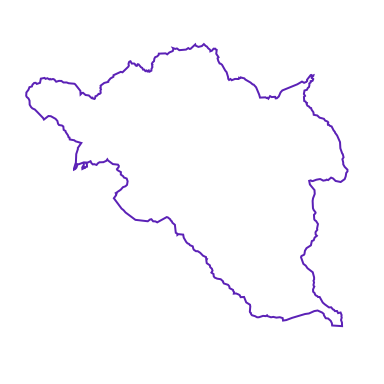 Bisoca, Buzau, Romania (Albers equal-area conic projection), rotated 175°
{"feature_id": "2599482B15447041299262", "entity_name": "Bisoca", "entity_type": "district", "adm_level": 2, "iso_a3": "ROU", "parent_name": "Romania", "parent_adm1": "Buzau", "projection": "albers", "projection_center": [26.695, 45.563], "detail": "fine", "context": "isolated", "style": "outline", "palette": "violet", "viewbox_px": 384, "rotation_deg": 175, "n_neighbors": 0, "source": "geoboundaries", "source_scale": "gbopen_adm2", "svg_char_len": 5897}
<svg xmlns="http://www.w3.org/2000/svg" viewBox="0 0 384 384"><g transform="rotate(175 192 192)"><path d="M237.5,324.1L238.4,325.0L240.8,325.2L241.9,327.6L242.8,327.4L243.4,326.9L244.1,325.1L243.9,323.4L244.5,322.4L250.8,317.3L252.5,317.9L260.0,315.2L260.3,313.6L263.2,312.3L265.6,310.0L265.8,309.0L269.9,308.3L273.8,305.9L273.7,304.5L274.3,303.6L273.7,302.3L274.4,300.9L274.3,298.7L275.5,297.7L276.5,297.9L278.1,296.3L279.8,295.8L280.5,293.7L281.0,293.2L282.5,293.7L282.9,294.6L283.8,294.3L286.4,297.2L289.6,297.9L291.9,300.3L292.8,300.3L294.5,298.9L294.4,302.5L299.0,309.5L299.8,310.1L305.4,311.1L307.2,312.0L310.5,312.3L312.4,314.0L314.8,314.3L317.7,313.7L319.3,316.0L320.6,316.7L322.7,316.4L323.5,317.0L324.3,316.6L326.1,317.9L328.1,317.5L328.9,318.5L332.7,318.1L333.9,314.0L337.2,313.2L338.2,314.4L339.7,314.4L341.5,312.9L342.3,311.1L344.8,310.6L346.0,308.1L348.3,305.6L348.8,302.3L348.3,301.0L346.8,299.5L345.9,297.2L346.1,293.1L344.9,290.6L343.7,289.2L341.4,287.9L339.4,285.5L333.9,278.7L333.2,277.1L328.4,280.2L326.0,279.8L321.6,276.8L319.9,274.5L319.5,271.7L318.6,270.3L315.8,269.6L314.5,268.5L314.4,265.1L312.7,263.8L312.5,262.6L310.6,259.2L310.2,257.3L309.3,256.9L309.2,255.0L304.8,253.8L303.5,252.6L298.0,250.5L301.9,245.8L301.9,244.8L304.0,239.9L305.1,231.5L307.5,225.7L307.6,224.6L306.3,225.1L305.0,226.4L304.1,228.4L304.0,229.8L302.4,229.5L297.7,230.8L297.2,230.5L297.4,228.5L299.2,226.0L299.2,224.5L297.3,225.3L297.0,225.9L296.7,225.3L296.3,225.4L295.9,226.1L294.4,226.4L294.3,228.8L295.5,230.7L293.4,230.4L290.4,231.5L289.6,229.4L288.3,228.1L287.1,228.3L284.7,227.3L283.4,228.7L281.6,229.7L277.8,229.4L274.7,230.5L273.5,231.9L273.0,230.8L268.4,226.7L263.4,225.7L262.6,224.3L262.9,223.2L264.8,221.3L264.4,220.3L261.1,218.0L261.4,215.6L259.2,213.7L258.6,212.4L255.9,211.1L255.2,208.3L256.1,204.8L257.8,203.5L260.4,202.8L262.8,200.5L268.0,197.6L267.3,196.8L267.9,196.2L267.9,195.4L270.4,192.6L263.6,181.6L261.8,179.9L260.0,177.4L250.8,169.2L238.6,166.7L236.1,168.3L234.8,168.4L233.3,166.2L231.0,165.9L229.3,164.8L219.4,169.2L218.3,168.8L216.0,166.6L215.7,165.5L214.7,164.6L214.2,163.1L211.9,160.8L211.7,152.8L210.3,151.8L210.3,150.5L209.2,151.2L204.5,150.3L204.2,147.2L202.1,142.7L201.0,141.3L199.4,140.4L198.7,139.2L196.0,137.8L195.6,135.2L195.0,134.1L193.2,132.7L191.4,132.5L189.1,130.7L186.6,127.6L183.7,125.9L183.7,123.9L183.0,123.8L183.7,122.4L183.5,119.8L180.6,117.4L180.4,115.5L178.9,113.9L178.4,111.8L179.7,110.0L177.7,108.4L177.7,106.1L176.9,104.8L174.5,103.5L171.0,102.6L168.8,100.2L168.9,99.5L168.2,98.1L164.2,96.4L163.1,94.8L162.9,92.9L159.7,90.9L159.4,89.4L158.8,88.6L159.2,87.1L156.9,87.1L154.6,85.9L153.5,85.1L152.7,83.0L149.3,82.9L147.6,77.3L144.1,74.7L143.9,73.0L144.8,67.8L144.6,66.9L144.0,66.6L143.7,65.0L143.0,64.0L140.0,62.8L138.0,61.5L136.3,61.4L132.0,62.4L129.2,61.9L128.0,62.6L127.6,61.8L124.2,60.3L121.9,60.5L118.9,59.5L115.4,59.6L112.7,58.5L112.5,56.0L109.3,56.2L103.2,57.9L90.0,60.6L86.1,60.8L80.6,62.7L77.2,63.0L72.9,60.6L71.4,59.1L71.3,57.7L69.8,54.6L67.4,54.1L65.0,51.5L64.1,49.1L64.0,46.8L54.2,45.3L54.0,48.9L54.7,51.5L53.8,53.8L54.0,54.8L53.7,56.4L54.5,59.0L57.0,58.6L57.9,60.8L60.0,60.9L60.9,62.3L61.9,62.8L63.4,65.0L65.6,65.1L69.5,68.5L71.4,70.5L74.0,76.3L75.6,76.4L76.2,77.3L77.7,78.2L78.4,79.2L78.6,80.5L80.0,82.1L79.9,84.4L78.4,87.2L78.9,87.7L79.1,88.8L78.3,91.3L78.7,93.0L78.0,94.2L77.8,96.3L78.7,101.5L83.6,106.0L85.1,108.7L87.3,110.7L89.1,117.6L88.5,118.7L85.9,119.7L85.4,120.4L84.6,123.6L82.8,126.1L78.2,128.5L76.9,132.7L75.0,133.3L73.8,135.9L71.4,137.5L72.5,138.9L72.5,140.8L72.2,141.6L70.5,143.4L70.6,144.7L69.3,149.1L70.9,152.2L72.2,153.3L72.6,154.3L72.5,158.6L70.9,160.1L70.7,160.9L72.4,163.6L72.9,165.3L72.8,168.1L72.6,172.6L72.0,175.1L69.9,179.4L69.8,183.2L73.9,189.2L74.3,192.9L72.7,193.2L71.5,192.4L70.6,192.4L67.0,193.4L63.8,193.7L62.9,193.6L60.3,191.9L57.7,192.1L56.9,192.6L55.3,192.0L52.2,194.2L50.3,193.2L48.0,190.5L43.0,189.0L38.8,191.5L37.5,194.2L36.7,197.5L35.3,199.0L35.2,200.7L37.7,203.7L38.9,206.3L38.8,208.3L39.3,211.6L38.0,213.3L38.5,216.6L39.0,217.2L40.4,222.6L40.2,228.8L42.5,235.6L44.3,238.6L44.5,239.6L45.5,240.9L47.2,245.1L49.0,246.0L49.7,247.0L50.6,247.0L50.8,248.0L50.2,249.5L50.8,250.3L53.2,251.6L54.2,253.4L58.5,255.0L60.5,257.3L64.0,258.3L64.1,260.8L65.8,263.8L66.0,265.2L67.4,265.8L67.8,266.8L69.5,267.9L70.1,269.4L69.7,270.7L70.7,271.2L71.0,272.2L72.3,272.9L72.2,277.0L71.0,277.9L72.0,279.9L71.1,283.3L68.6,283.8L67.6,285.5L66.3,286.4L65.7,288.3L65.7,289.9L64.2,290.8L64.1,292.1L62.3,292.2L61.5,293.5L61.4,294.1L62.8,295.1L62.8,296.0L61.1,297.0L60.9,297.6L62.0,297.3L63.0,298.2L63.6,298.1L67.6,293.8L67.6,292.6L68.6,291.7L70.8,291.0L72.8,292.4L77.7,290.1L93.2,285.3L95.1,283.5L97.2,279.6L99.3,278.0L100.5,278.0L100.8,279.5L101.3,279.6L104.3,279.6L105.9,280.7L107.8,278.3L108.7,279.3L109.5,279.1L110.6,279.9L116.0,280.1L116.6,283.2L119.0,290.7L121.2,293.6L122.2,293.9L124.1,295.9L129.1,299.4L129.9,300.6L133.5,301.9L133.8,301.3L134.8,301.2L135.2,301.6L135.7,300.5L139.3,300.9L142.7,299.9L143.8,301.2L145.3,300.4L146.0,301.5L146.1,303.6L147.1,308.4L148.3,310.1L151.0,316.1L152.4,317.4L153.3,317.6L154.4,320.3L154.9,323.0L153.8,323.9L155.8,327.6L155.0,331.4L156.2,332.1L156.3,332.7L158.0,332.9L159.9,331.0L161.4,330.6L161.3,331.4L162.0,332.5L163.3,333.7L164.5,335.6L165.6,336.3L167.3,338.3L169.5,336.5L173.0,336.0L175.6,337.5L175.9,338.7L180.9,334.8L181.9,334.7L183.2,335.7L185.5,334.4L192.3,334.4L194.5,336.3L196.1,336.0L198.4,337.0L198.0,336.2L198.9,334.1L202.4,333.0L204.7,331.3L206.2,332.4L213.0,332.7L213.4,331.3L215.1,330.0L216.8,329.6L217.8,328.3L218.5,325.6L220.0,324.5L220.8,323.2L220.7,322.5L220.3,322.2L220.8,321.0L220.5,320.0L221.6,318.2L221.9,316.4L223.7,315.6L224.1,315.5L224.5,316.9L226.0,316.0L226.7,317.0L227.9,316.5L229.1,318.2L230.1,318.2L230.8,320.0L232.0,320.8L234.1,323.8L235.0,324.0L235.9,322.5L236.4,322.5L237.2,323.1L237.5,324.1Z" fill="none" stroke="#5b21b6" stroke-width="2"/></g></svg>